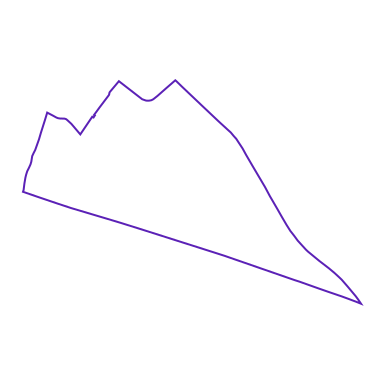 the district of Hadaiq Al-Qubba, Al Qahirah, Egypt, rotated 270°
{"feature_id": "37247803B1921003738807", "entity_name": "Hadaiq Al-Qubba", "entity_type": "district", "adm_level": 2, "iso_a3": "EGY", "parent_name": "Egypt", "parent_adm1": "Al Qahirah", "projection": "equal_earth", "projection_center": [31.283, 30.086], "detail": "fine", "context": "isolated", "style": "outline", "palette": "violet", "viewbox_px": 384, "rotation_deg": 270, "n_neighbors": 0, "source": "geoboundaries", "source_scale": "gbopen_adm2", "svg_char_len": 1753}
<svg xmlns="http://www.w3.org/2000/svg" viewBox="0 0 384 384"><g transform="rotate(270 192 192)"><path d="M80.3,361.0L84.3,358.3L87.7,355.8L97.5,347.6L104.3,341.7L106.6,339.3L111.2,334.3L115.1,329.6L115.4,329.3L123.0,319.4L129.6,311.4L132.3,308.1L133.9,306.4L134.6,305.7L140.2,300.6L143.4,297.7L148.3,294.1L153.0,290.4L159.0,286.6L167.2,281.8L175.1,277.3L184.4,271.9L187.8,269.9L196.8,265.1L218.3,252.4L229.1,246.1L235.5,242.6L240.8,239.1L245.1,236.3L248.0,233.7L251.5,230.8L255.1,226.8L255.3,226.6L255.5,226.4L260.7,220.7L263.2,218.0L278.7,201.6L297.5,181.8L301.2,178.0L302.5,176.7L303.1,176.0L303.7,175.3L295.7,166.1L288.1,157.5L285.0,153.6L284.7,153.1L284.4,152.7L284.2,152.2L283.9,151.6L283.7,151.1L283.6,150.5L283.5,149.9L283.4,149.3L283.3,148.7L283.3,148.1L283.3,147.6L283.3,147.0L283.4,146.4L283.5,145.8L283.7,145.2L284.8,142.1L285.7,141.0L286.6,139.8L302.8,118.9L292.2,110.0L291.8,109.7L291.4,109.5L290.9,109.4L290.5,109.3L290.3,109.3L290.0,109.2L289.6,109.2L289.2,109.0L288.8,108.8L288.4,108.5L276.5,99.5L271.7,96.0L269.0,94.0L268.7,94.4L268.5,94.8L266.5,93.5L266.8,92.8L267.2,92.2L249.6,80.3L260.1,71.4L263.9,67.3L264.3,66.8L264.8,66.2L265.3,64.8L265.4,64.1L265.4,63.3L265.5,60.0L265.8,58.1L266.1,57.3L266.4,56.5L268.4,52.9L271.4,47.2L263.8,44.9L251.2,40.9L244.7,39.0L234.0,35.2L231.1,33.7L227.9,32.2L222.3,31.3L219.6,30.5L216.3,29.0L212.7,27.2L209.2,26.1L206.3,25.4L200.4,24.4L194.0,23.6L193.1,23.3L192.2,23.0L186.9,38.4L180.3,57.9L176.6,69.1L176.3,70.0L176.0,70.9L169.9,91.4L165.1,107.5L161.1,120.8L153.7,144.4L131.6,213.9L128.1,224.8L126.6,229.1L103.9,294.6L102.3,299.6L101.3,302.4L95.9,317.6L92.3,327.9L89.1,337.3L88.7,338.4L88.4,339.4L87.5,342.0L85.0,348.8L82.3,356.0L80.3,361.0Z" fill="none" stroke="#5b21b6" stroke-width="2"/></g></svg>